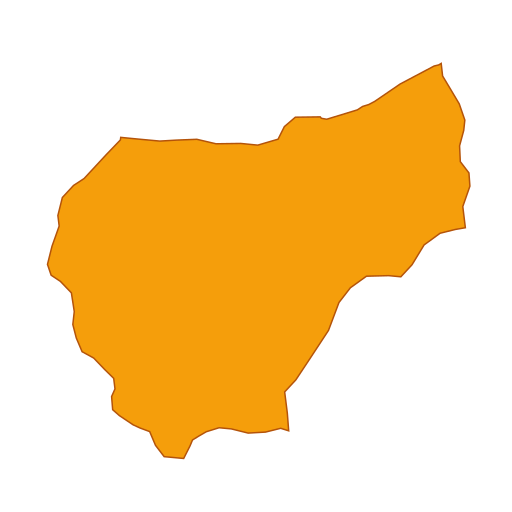 outline of Sinhung, Hamgyŏng-namdo, North Korea, rotated 5°
{"feature_id": "82179303B53420606691311", "entity_name": "Sinhung", "entity_type": "district", "adm_level": 2, "iso_a3": "PRK", "parent_name": "North Korea", "parent_adm1": "Hamgyŏng-namdo", "projection": "natural_earth1", "projection_center": [127.653, 40.262], "detail": "fine", "context": "isolated", "style": "filled", "palette": "amber", "viewbox_px": 512, "rotation_deg": 5, "n_neighbors": 0, "source": "geoboundaries", "source_scale": "gbopen_adm2", "svg_char_len": 1233}
<svg xmlns="http://www.w3.org/2000/svg" viewBox="0 0 512 512"><g transform="rotate(5 256 256)"><path d="M303.8,427.3L300.9,409.8L296.4,388.9L306.5,375.9L319.3,352.4L334.7,323.8L342.7,295.1L352.8,279.4L367.8,266.5L389.9,264.0L402.1,264.1L412.2,251.1L422.5,230.3L437.4,217.3L452.2,212.2L462.1,209.6L457.7,188.7L463.0,167.8L460.9,154.7L451.3,144.2L449.2,128.5L452.0,112.8L452.2,102.4L445.2,86.7L435.7,73.5L426.2,60.4L423.7,48.0L421.4,49.7L416.9,51.2L384.6,72.1L360.7,91.7L355.1,95.3L349.2,97.7L344.2,101.6L314.5,113.6L309.1,113.1L307.9,111.8L283.1,114.3L273.0,124.6L267.8,137.7L248.1,145.4L231.0,145.2L206.4,147.7L186.9,144.9L167.3,147.4L150.1,149.9L130.5,149.8L118.2,149.7L110.9,149.6L110.8,152.2L98.2,167.8L88.1,180.8L78.0,193.8L68.1,201.6L58.0,214.6L55.1,232.9L57.3,243.3L54.6,253.8L52.3,262.6L51.9,264.2L49.0,282.5L53.6,293.0L63.3,298.3L75.3,308.8L79.8,327.2L79.5,340.2L84.1,353.3L91.1,366.5L103.2,371.8L115.2,382.3L124.9,390.3L127.1,400.7L124.4,408.6L126.6,421.6L133.8,426.9L148.3,434.9L155.6,437.5L165.4,440.2L172.4,453.4L182.0,463.9L201.6,464.0L206.8,451.0L208.8,444.8L214.4,440.6L221.8,435.4L234.2,430.3L246.5,430.4L263.6,433.1L280.8,430.6L295.6,425.5L303.8,427.3Z" fill="#f59e0b" stroke="#b45309" stroke-width="1.5"/></g></svg>